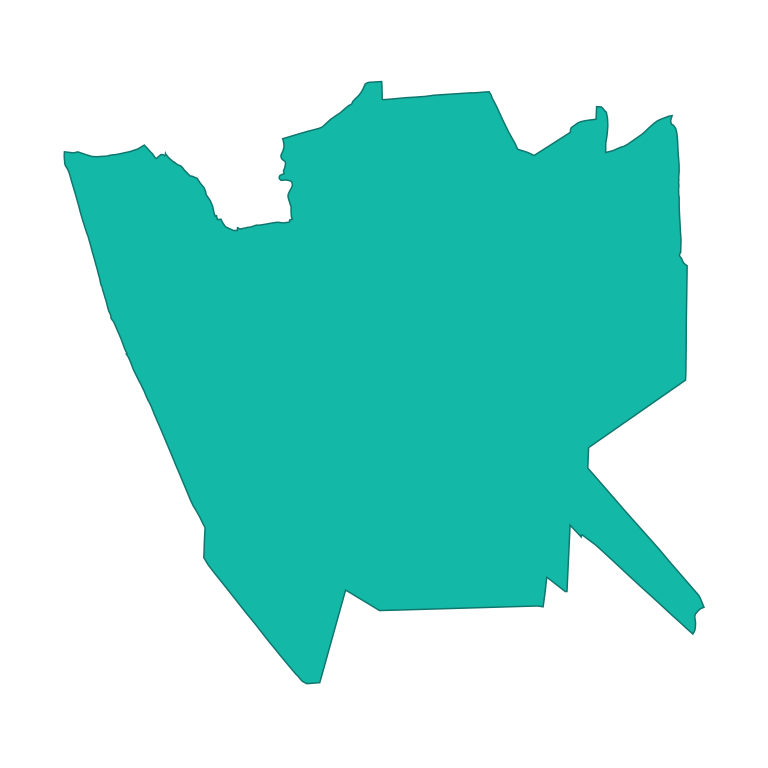 the district of Bolintin-Deal, Giurgiu, Romania, rotated 92°
{"feature_id": "2599482B7504561423592", "entity_name": "Bolintin-Deal", "entity_type": "district", "adm_level": 2, "iso_a3": "ROU", "parent_name": "Romania", "parent_adm1": "Giurgiu", "projection": "equal_earth", "projection_center": [25.812, 44.45], "detail": "fine", "context": "isolated", "style": "filled", "palette": "teal", "viewbox_px": 768, "rotation_deg": 92, "n_neighbors": 0, "source": "geoboundaries", "source_scale": "gbopen_adm2", "svg_char_len": 6066}
<svg xmlns="http://www.w3.org/2000/svg" viewBox="0 0 768 768"><g transform="rotate(92 384 384)"><path d="M163.1,711.5L166.6,711.6L168.7,711.4L169.8,711.4L170.9,711.2L173.2,710.9L174.5,710.8L175.6,710.5L176.4,710.2L177.2,709.9L177.9,709.4L180.1,707.8L181.6,707.1L183.3,706.3L184.6,705.8L186.3,705.2L187.6,704.8L189.8,704.1L192.7,703.2L195.3,702.3L204.0,699.4L206.9,698.4L209.4,697.6L213.3,696.4L217.4,695.1L224.1,693.1L226.5,692.3L231.3,690.7L238.4,688.2L243.3,686.4L246.3,685.1L249.1,684.1L251.3,683.5L253.9,682.6L259.5,680.9L262.6,680.0L268.6,678.0L272.7,676.7L275.4,675.9L278.3,674.9L281.6,674.0L283.6,673.4L288.3,671.9L293.1,670.8L295.6,670.0L296.5,669.3L299.6,668.5L304.4,666.8L306.7,666.1L310.2,664.8L313.5,663.8L317.5,662.7L320.3,661.8L322.8,660.5L324.5,659.7L326.4,659.2L327.9,659.1L329.8,657.6L331.3,656.4L334.0,655.0L337.2,653.5L340.9,651.8L343.5,650.5L347.8,648.5L352.1,646.7L354.5,645.8L357.8,644.4L360.3,643.2L361.7,642.2L362.6,641.9L363.1,642.7L364.4,641.6L365.8,640.6L368.9,639.0L373.0,637.2L378.3,635.0L382.6,632.7L387.2,630.2L390.3,628.5L391.8,627.5L397.3,624.7L398.5,624.0L400.0,623.2L401.7,622.5L403.9,621.5L406.2,620.4L408.2,619.4L410.4,618.1L411.8,617.3L414.3,616.0L417.1,614.7L422.3,612.5L425.6,610.8L428.2,609.7L429.7,609.0L430.9,608.4L432.7,607.5L433.7,607.0L464.6,592.7L472.0,589.4L478.4,586.4L497.4,577.6L507.2,573.2L512.8,570.2L515.1,568.6L519.4,565.9L523.4,563.5L527.4,561.4L530.6,559.7L533.8,557.8L545.1,558.0L563.9,558.0L571.2,553.2L578.3,547.3L599.5,529.1L617.2,514.2L622.8,509.2L628.9,503.9L643.9,491.3L648.2,487.6L652.6,483.7L657.9,479.1L671.5,467.0L677.2,461.8L678.7,460.0L682.3,456.9L683.9,455.4L686.2,450.7L684.7,437.8L669.6,434.1L591.3,415.2L592.3,413.4L594.7,408.9L597.4,404.2L604.7,391.0L610.6,380.5L610.4,378.3L609.5,363.1L600.5,223.3L600.5,222.4L601.1,217.2L586.3,215.7L571.5,214.6L573.2,212.0L585.1,195.6L585.0,193.9L518.6,193.1L529.9,181.6L528.5,181.6L528.8,181.2L527.9,180.6L532.8,173.7L537.2,167.3L540.1,163.7L554.3,147.2L569.4,129.8L577.3,120.6L587.3,108.7L605.1,88.0L612.6,79.0L617.9,72.9L623.1,66.6L620.5,65.2L618.5,64.6L617.0,64.4L614.6,64.3L612.0,64.3L610.2,64.5L607.1,65.1L606.0,65.3L604.5,65.2L602.7,64.5L600.9,63.1L600.0,62.3L598.7,61.2L597.6,59.9L597.1,59.1L596.0,56.4L587.3,60.3L584.3,62.0L552.6,91.5L539.9,102.9L502.7,138.4L487.4,152.6L460.9,177.4L440.4,177.3L369.6,82.8L362.7,82.7L336.6,83.3L313.3,84.0L262.6,85.0L255.2,85.2L253.9,87.2L252.5,88.8L250.6,89.9L248.4,90.9L246.2,92.7L245.4,93.2L244.2,93.1L243.0,92.7L242.2,92.1L229.5,92.2L222.1,93.0L212.6,93.8L209.8,94.1L201.7,94.8L195.7,95.2L187.9,95.5L186.7,95.6L184.4,96.1L180.4,96.3L178.6,96.4L177.3,96.3L175.6,96.2L173.8,96.4L172.4,96.6L169.1,96.5L167.3,96.7L164.3,96.6L162.9,96.5L159.8,96.5L154.1,96.8L149.7,97.3L142.7,98.1L131.7,99.0L127.0,99.5L122.7,100.2L119.2,101.1L117.7,101.9L115.2,103.9L114.8,105.1L114.4,105.6L113.3,106.1L111.9,106.6L110.1,106.6L105.8,105.4L106.1,107.0L106.3,108.3L108.1,112.7L109.7,116.4L110.7,118.5L111.6,120.1L113.7,122.8L118.7,128.1L123.9,133.2L125.9,135.5L136.0,149.0L138.1,152.5L139.4,156.4L142.8,163.3L144.9,170.5L135.5,170.8L129.8,170.0L125.2,169.6L118.1,169.3L110.6,169.9L104.6,171.3L102.8,173.4L100.9,174.8L99.5,176.6L99.4,181.2L112.0,181.3L113.2,188.8L114.0,192.7L114.9,196.2L116.2,199.2L119.2,203.1L120.9,205.3L121.6,206.0L123.5,206.5L125.1,206.5L125.9,206.4L150.4,242.0L147.6,248.3L144.7,258.6L139.1,261.4L127.5,268.4L114.9,275.1L103.2,280.9L94.8,285.7L91.3,287.1L88.3,289.1L88.7,293.7L89.5,300.4L90.0,305.8L89.9,307.6L90.3,310.2L90.7,314.8L91.1,318.7L91.4,321.6L92.3,330.7L93.7,344.6L94.2,347.2L95.2,353.3L95.6,357.1L96.0,360.8L96.5,365.5L96.8,369.1L97.1,372.1L97.9,378.3L98.9,386.1L99.8,394.1L99.7,395.7L85.3,396.5L81.8,396.9L82.1,399.7L82.4,403.1L82.7,405.1L82.7,406.9L83.0,409.0L83.2,410.3L83.9,411.8L85.1,413.4L87.3,414.2L90.6,415.6L93.5,417.2L96.5,419.3L99.5,422.2L102.8,425.1L105.1,425.9L105.7,426.7L107.0,429.0L109.6,432.0L114.5,437.2L117.7,441.7L121.6,446.8L126.0,451.3L128.8,454.1L129.6,455.3L130.7,457.6L133.0,465.1L134.0,468.7L139.0,483.7L141.9,492.2L142.4,493.8L143.8,493.3L145.5,492.9L147.5,492.5L149.9,492.2L151.0,492.3L152.2,492.6L154.1,493.0L154.9,493.2L156.3,493.9L157.6,494.4L158.8,494.9L160.0,494.9L161.1,494.7L162.1,494.3L163.0,493.6L163.7,492.7L164.8,491.1L165.4,490.4L165.6,490.4L166.3,490.2L167.5,490.2L168.8,490.3L171.7,490.9L173.3,491.5L174.1,491.8L174.7,491.9L175.3,491.7L176.0,491.4L176.7,491.2L177.3,491.2L178.4,493.8L178.8,494.5L179.1,495.1L179.5,495.4L179.9,495.6L180.5,495.8L181.2,496.0L181.9,495.9L182.7,495.5L183.5,494.7L184.1,493.8L184.1,493.3L183.7,491.4L183.5,489.1L183.8,487.1L184.2,485.0L184.4,484.5L184.8,483.8L185.3,483.4L185.9,483.1L186.7,482.8L187.7,482.6L189.3,482.6L190.2,482.9L192.8,484.1L195.1,485.3L197.1,486.1L198.2,486.4L199.0,486.5L200.5,486.3L201.7,486.1L203.7,485.4L205.3,484.8L207.3,484.2L209.2,483.4L210.6,483.0L213.5,483.0L218.1,482.6L219.7,482.4L221.0,482.1L222.6,481.4L223.2,483.7L223.8,484.1L224.4,483.9L224.8,483.9L225.1,484.0L225.4,484.3L225.6,484.8L225.8,485.8L226.1,487.9L226.4,489.2L226.5,490.6L226.4,491.8L226.3,493.1L226.1,494.5L226.1,496.1L226.3,497.7L227.5,503.9L228.3,507.3L229.3,512.3L229.7,514.8L229.6,515.8L229.7,516.9L230.0,518.1L230.5,519.2L231.1,520.9L231.6,522.0L231.8,522.8L232.0,523.6L232.1,524.5L232.1,525.3L232.3,525.9L232.9,528.1L233.7,531.3L234.0,532.7L234.0,533.5L234.0,534.1L233.4,534.7L233.0,535.4L232.9,535.8L235.7,536.0L235.8,539.9L232.4,547.9L228.7,550.7L225.0,552.7L225.5,556.2L221.7,557.3L222.2,558.5L219.1,559.8L212.3,561.5L206.7,564.1L200.6,568.6L198.8,568.7L194.2,570.6L190.1,574.3L185.0,577.9L182.9,583.4L183.0,584.9L178.2,589.9L177.5,590.8L175.5,592.3L174.5,593.3L173.7,594.2L173.0,595.0L172.7,595.9L172.4,597.0L172.0,597.9L171.0,599.4L169.5,601.5L169.8,601.7L168.4,603.4L166.8,605.4L165.0,607.4L162.0,610.1L161.4,610.4L162.9,610.5L163.6,611.3L162.5,612.8L162.5,614.9L166.5,619.3L166.3,620.3L161.9,623.5L161.1,624.5L153.6,631.9L157.7,638.2L160.6,646.0L163.9,659.0L164.9,665.7L165.9,668.6L166.9,679.2L166.8,683.7L165.3,689.6L162.7,698.1L163.9,702.5L163.1,711.5Z" fill="#14b8a6" stroke="#0f766e" stroke-width="1.5"/></g></svg>